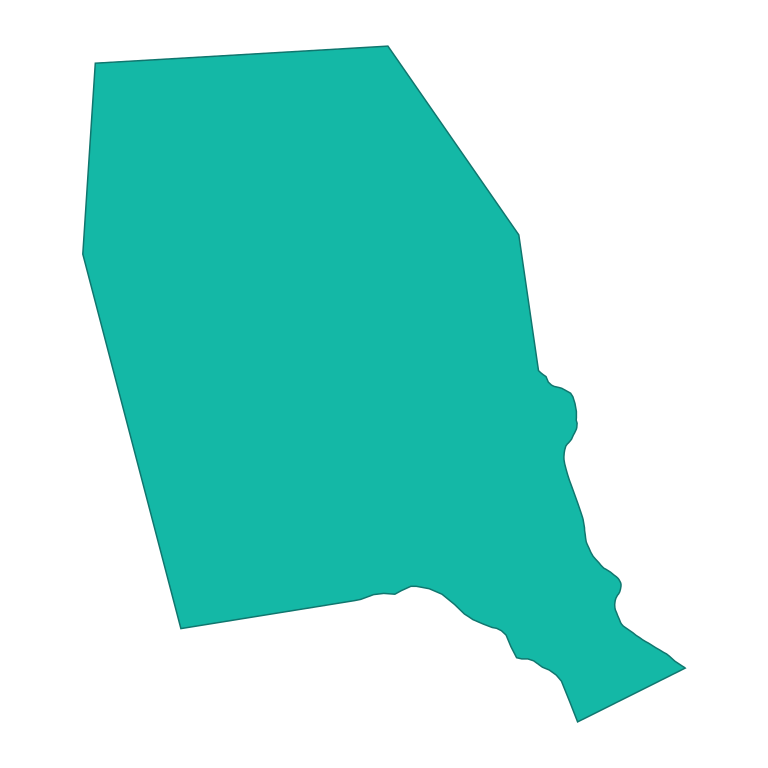 Catter Beaufond, Praslin, Saint Lucia
{"feature_id": "8701671B82105549024004", "entity_name": "Catter Beaufond", "entity_type": "district", "adm_level": 2, "iso_a3": "LCA", "parent_name": "Saint Lucia", "parent_adm1": "Praslin", "projection": "natural_earth1", "projection_center": [-60.942, 13.842], "detail": "fine", "context": "isolated", "style": "filled", "palette": "teal", "viewbox_px": 768, "rotation_deg": 0, "n_neighbors": 0, "source": "geoboundaries", "source_scale": "gbopen_adm2", "svg_char_len": 1783}
<svg xmlns="http://www.w3.org/2000/svg" viewBox="0 0 768 768"><path d="M180.9,628.6L354.6,600.6L360.7,599.4L373.6,594.6L383.7,593.4L394.9,594.2L401.4,590.6L410.9,586.3L416.3,586.3L429.2,588.7L442.0,594.2L454.6,604.5L464.4,614.0L468.8,616.8L472.9,619.6L483.1,624.0L492.2,627.5L496.6,628.3L501.4,630.7L506.1,635.1L510.9,646.6L516.6,657.7L521.7,658.9L527.8,658.9L533.6,660.8L542.4,667.2L549.2,670.0L556.3,675.1L561.4,681.1L570.2,702.9L577.6,721.9L685.2,668.1L684.4,667.4L682.3,666.1L674.9,661.2L669.3,656.1L666.5,653.9L663.8,652.5L659.6,649.9L655.7,647.7L653.5,646.3L650.4,644.3L648.3,643.0L645.8,641.7L642.5,639.7L640.2,638.0L636.0,635.3L633.1,632.9L625.3,627.5L623.3,626.1L621.6,624.2L620.6,622.6L619.4,619.5L617.7,615.7L616.7,613.0L615.4,610.0L614.9,607.8L614.7,604.7L614.9,602.7L615.2,600.6L615.9,598.2L617.5,595.2L618.6,593.9L619.7,591.9L620.5,589.1L621.0,586.1L621.0,584.2L620.6,582.6L619.0,579.6L618.0,578.3L616.4,576.8L613.7,574.8L610.6,572.2L605.8,569.2L604.0,568.3L602.6,567.0L600.7,565.0L599.3,563.2L597.3,561.0L595.6,559.2L593.1,556.3L590.8,552.3L588.8,547.7L588.1,546.3L586.8,543.4L586.2,541.7L585.6,538.1L585.3,535.3L584.6,530.4L584.5,527.8L583.7,523.0L583.1,519.5L582.5,517.3L581.1,513.0L577.9,503.6L575.7,497.5L573.4,491.1L571.3,485.3L569.4,480.2L567.6,474.6L566.1,469.3L564.7,463.9L564.0,459.7L563.9,457.0L564.2,453.0L564.7,450.0L565.8,446.1L567.3,444.0L568.5,442.9L570.4,440.7L571.6,439.1L572.5,437.0L573.5,434.8L574.4,433.3L576.4,429.1L576.8,427.4L577.1,423.2L576.2,420.2L576.4,417.7L576.4,411.5L575.0,403.6L572.9,396.8L570.6,393.2L561.8,388.3L559.0,387.5L554.1,386.4L551.5,385.1L548.3,382.1L546.0,376.6L543.2,374.7L540.6,372.6L538.5,370.6L518.8,234.9L387.9,46.1L384.8,46.3L95.3,63.2L82.8,254.1L180.9,628.6Z" fill="#14b8a6" stroke="#0f766e" stroke-width="1.5"/></svg>